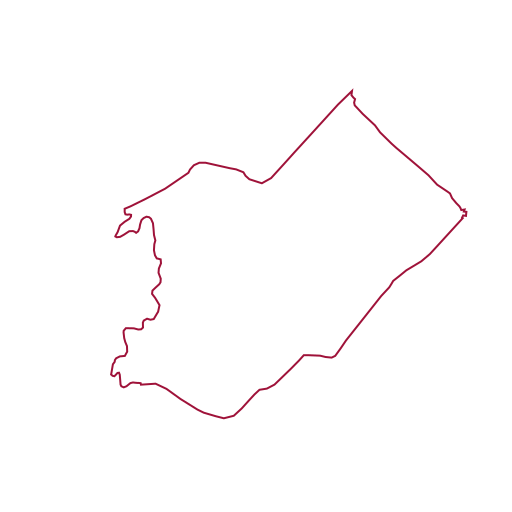 Konobo, Grand Gedeh, Liberia, rotated 222°
{"feature_id": "62588387B20671280647544", "entity_name": "Konobo", "entity_type": "district", "adm_level": 2, "iso_a3": "LBR", "parent_name": "Liberia", "parent_adm1": "Grand Gedeh", "projection": "natural_earth1", "projection_center": [-7.832, 5.841], "detail": "fine", "context": "isolated", "style": "outline", "palette": "rose", "viewbox_px": 512, "rotation_deg": 222, "n_neighbors": 0, "source": "geoboundaries", "source_scale": "gbopen_adm2", "svg_char_len": 2402}
<svg xmlns="http://www.w3.org/2000/svg" viewBox="0 0 512 512"><g transform="rotate(222 256 256)"><path d="M287.4,438.9L289.6,438.9L292.7,439.4L295.1,442.9L296.4,423.4L296.6,386.0L296.8,358.6L296.8,343.3L296.9,324.0L300.3,314.0L302.9,312.8L312.3,308.6L317.4,308.6L321.4,309.8L328.7,307.1L334.4,303.6L355.8,291.6L360.5,287.4L362.2,283.5L362.9,281.9L362.9,276.1L361.9,272.6L368.6,245.1L370.4,240.3L376.2,224.7L382.5,208.9L385.2,203.2L383.0,200.8L380.9,199.6L379.3,200.6L378.0,202.1L376.4,203.0L375.3,201.7L375.0,198.9L376.5,193.6L377.4,187.6L374.8,181.1L374.0,177.3L373.6,176.4L372.0,176.8L369.8,179.3L368.4,183.5L366.8,189.6L364.1,192.2L362.3,192.9L360.6,193.0L360.1,195.4L361.2,198.7L363.2,201.8L365.1,206.0L364.9,209.0L363.7,211.9L361.4,213.3L359.0,213.4L354.5,211.4L350.1,207.4L345.8,203.3L341.2,200.2L339.5,196.8L335.7,192.0L333.3,190.2L331.5,188.9L328.1,187.8L327.1,188.4L324.6,189.7L321.7,187.0L319.8,181.7L317.2,178.3L311.6,175.4L309.4,172.6L309.0,170.3L309.5,165.2L309.8,161.0L307.9,158.3L303.0,157.4L294.8,154.9L291.4,149.0L291.2,147.7L289.8,140.7L291.8,138.0L295.0,136.5L296.2,132.9L295.5,130.8L292.1,127.2L292.3,124.7L294.3,122.6L298.4,120.5L304.4,115.3L304.3,111.9L303.2,110.5L299.0,106.8L295.6,104.6L291.6,102.7L287.7,98.7L287.2,96.4L286.6,94.0L290.0,90.3L291.5,86.4L291.2,84.2L290.2,82.8L289.9,79.8L285.3,72.5L284.4,71.0L282.4,71.0L280.8,71.9L280.7,73.6L280.7,76.4L279.7,77.6L277.8,76.6L274.5,73.5L270.6,69.8L268.9,69.1L266.4,69.9L265.1,72.5L264.3,77.5L262.8,79.7L261.5,80.6L259.6,82.0L258.2,83.2L256.6,84.3L255.4,83.4L245.2,93.9L233.8,97.3L233.2,97.4L216.5,99.2L196.7,102.7L196.0,102.9L190.0,104.6L178.7,110.0L171.3,113.9L165.6,122.4L164.6,133.2L164.6,137.4L164.6,144.5L164.5,152.1L163.9,158.9L159.2,164.7L156.2,172.8L154.8,193.0L154.7,194.1L154.1,206.9L154.1,214.3L151.1,217.0L146.4,220.9L141.7,224.8L136.7,227.5L131.8,231.1L130.3,234.8L131.3,244.1L132.6,253.5L134.0,275.8L136.2,310.1L136.0,321.9L136.7,325.9L137.4,329.3L135.9,338.2L134.7,346.0L132.7,352.5L129.6,362.7L128.1,373.7L128.0,382.3L127.7,422.4L128.5,422.3L129.2,424.8L126.8,426.3L129.2,429.6L131.3,428.1L132.1,430.1L134.2,427.5L136.0,428.4L138.0,429.0L142.6,429.3L149.0,430.2L153.7,432.3L156.5,432.0L165.0,430.8L169.1,430.2L181.8,431.4L182.4,431.4L195.5,431.1L224.2,430.2L230.1,430.2L232.8,430.3L246.5,430.9L255.0,432.7L271.7,433.0L283.4,434.0L285.7,435.6L287.4,438.9Z" fill="none" stroke="#9f1239" stroke-width="2"/></g></svg>